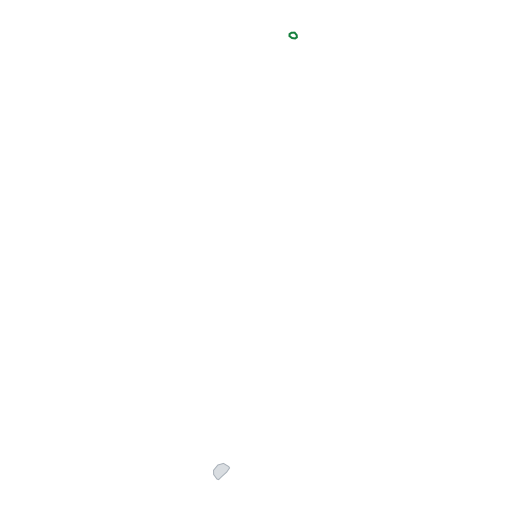 Mauke highlighted on a map of Cook Islands, rotated 306°
{"feature_id": "COK-4955", "entity_name": "Mauke", "entity_type": "state/province", "adm_level": 1, "iso_a3": "COK", "parent_name": "Cook Islands", "parent_adm1": "", "projection": "robinson", "projection_center": [-157.33, -20.158], "detail": "fine", "context": "in_parent", "style": "outline", "palette": "green", "viewbox_px": 512, "rotation_deg": 306, "n_neighbors": 0, "source": "natural_earth", "source_scale": "10m", "svg_char_len": 457}
<svg xmlns="http://www.w3.org/2000/svg" viewBox="0 0 512 512"><g transform="rotate(306 256 256)"><path d="M69.0,359.2L63.9,359.3L57.3,357.9L53.1,357.2L52.6,355.5L54.3,350.2L57.7,347.6L64.5,348.0L69.1,351.6L69.6,357.7L69.0,359.2Z" fill="#d9dde1" stroke="#a8b0b8" stroke-width="1"/><path d="M459.4,156.0L458.6,159.1L456.9,160.5L455.0,159.8L453.5,157.0L453.6,153.8L455.3,152.7L457.5,153.5L459.4,156.0Z" fill="none" stroke="#15803d" stroke-width="2"/></g></svg>